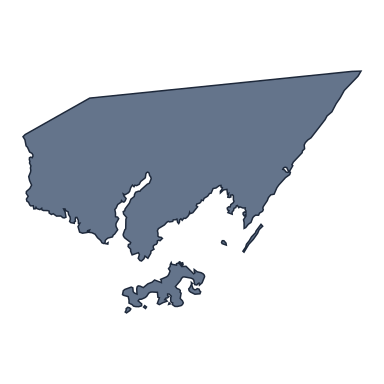 Lamu East, Coast, Kenya
{"feature_id": "3690345B14280875758697", "entity_name": "Lamu East", "entity_type": "district", "adm_level": 2, "iso_a3": "KEN", "parent_name": "Kenya", "parent_adm1": "Coast", "projection": "natural_earth1", "projection_center": [41.091, -1.907], "detail": "fine", "context": "isolated", "style": "filled", "palette": "slate", "viewbox_px": 384, "rotation_deg": 0, "n_neighbors": 0, "source": "geoboundaries", "source_scale": "gbopen_adm2", "svg_char_len": 6056}
<svg xmlns="http://www.w3.org/2000/svg" viewBox="0 0 384 384"><path d="M23.0,136.7L24.9,139.7L26.1,145.9L27.5,147.3L29.6,152.0L32.0,153.4L32.9,154.9L32.9,156.3L32.2,157.7L30.8,157.1L29.5,157.7L29.3,159.5L29.9,161.5L29.5,163.0L30.9,165.9L30.4,168.0L30.8,170.2L30.5,172.2L28.7,176.6L29.6,180.6L31.6,185.1L29.8,188.5L26.4,191.5L26.2,193.4L28.2,196.3L26.4,199.1L26.9,201.2L28.5,202.2L29.8,205.0L30.8,205.9L33.2,205.7L33.8,208.9L35.3,208.8L36.0,207.3L36.8,208.6L39.9,209.6L41.7,208.3L41.9,209.8L43.4,210.5L47.7,210.6L49.2,211.2L49.1,212.9L51.4,214.5L53.2,213.7L56.5,216.1L60.8,216.0L62.9,217.7L64.4,217.9L66.0,217.2L65.1,212.0L63.6,208.9L65.0,208.9L65.7,210.5L68.2,211.9L68.6,214.6L70.0,216.8L70.4,219.1L69.6,221.4L70.7,222.6L74.3,223.3L74.4,221.9L75.5,221.2L75.2,219.5L75.6,217.5L76.9,217.4L78.3,220.2L78.4,223.4L79.9,223.2L78.0,226.6L79.6,232.1L82.5,233.2L87.1,232.5L87.6,230.7L89.6,230.0L88.6,232.3L91.9,232.7L95.1,234.2L97.5,237.7L100.7,240.5L101.9,242.7L103.6,243.5L105.0,243.0L105.3,240.4L106.9,238.8L108.1,238.0L112.5,236.9L113.2,235.1L114.6,234.1L117.7,229.8L116.1,226.6L115.9,224.9L116.1,223.3L118.7,218.7L117.6,217.1L115.5,216.7L115.5,213.0L114.8,209.5L116.1,208.1L117.7,204.5L121.2,202.1L121.5,200.6L122.7,201.8L123.9,202.1L125.2,200.8L126.1,198.5L124.0,196.0L123.3,193.9L124.9,194.8L128.4,192.8L129.6,191.4L130.7,187.7L132.4,185.1L134.0,186.7L134.9,185.2L136.6,185.6L139.2,184.3L140.7,181.5L145.3,177.8L145.9,173.8L146.6,172.6L147.8,172.1L149.1,173.1L149.6,175.5L150.7,176.9L151.2,178.8L149.3,183.3L147.4,184.1L140.9,189.9L139.9,191.3L138.4,191.2L135.6,192.3L134.5,194.5L134.3,196.5L130.9,199.2L129.4,203.1L125.1,208.9L124.7,210.8L123.2,211.6L123.6,214.0L126.6,217.5L125.9,219.3L125.7,228.8L124.8,229.8L123.2,234.3L123.3,235.7L124.5,237.7L130.7,242.5L130.2,243.9L128.4,244.5L128.1,246.6L130.6,249.2L130.6,251.1L132.1,254.9L138.4,252.7L139.4,254.6L138.2,258.3L139.9,260.5L141.5,261.0L143.9,258.8L145.0,256.1L147.9,258.3L150.8,253.2L150.9,251.1L154.0,249.2L153.3,247.7L153.3,246.0L154.6,244.8L156.3,244.3L157.4,242.6L157.3,241.0L158.5,240.3L160.1,240.7L162.4,238.4L161.1,237.3L159.3,237.2L157.9,236.1L158.0,233.3L157.4,230.8L158.4,228.6L164.5,224.9L166.8,222.3L168.3,221.4L169.6,221.9L172.7,221.4L173.3,219.8L175.3,219.8L176.9,219.1L177.6,222.3L178.7,223.6L179.4,222.3L179.7,219.9L180.9,218.8L182.2,220.3L183.7,218.3L185.6,218.4L187.7,216.6L189.0,214.7L189.6,212.4L190.1,213.7L192.8,212.7L197.6,206.8L196.3,205.8L196.8,204.0L199.7,203.1L201.0,201.7L201.4,200.1L203.2,200.6L204.1,198.3L207.6,196.2L209.5,193.5L211.1,193.2L213.1,188.5L216.0,188.0L219.3,185.6L221.0,185.4L221.0,187.0L222.4,187.8L221.7,189.6L220.4,191.2L220.4,192.9L223.6,189.9L226.9,189.4L227.5,194.1L228.6,193.4L227.8,197.2L229.4,197.5L230.9,196.9L230.5,195.2L232.5,194.8L233.4,195.9L233.4,199.9L234.0,201.2L233.4,202.6L230.8,204.6L230.1,206.9L228.7,206.8L227.2,208.1L227.6,209.9L229.0,210.7L227.9,212.6L232.2,214.2L232.0,212.2L233.6,210.3L234.0,208.3L235.8,207.6L236.3,205.9L237.4,205.5L238.8,207.7L239.9,206.8L242.9,208.0L245.3,207.9L245.1,209.4L245.9,210.9L245.9,212.7L244.4,211.9L243.1,212.9L243.1,214.4L244.2,215.9L245.9,214.5L245.9,216.1L243.5,219.7L244.1,222.5L244.1,228.4L245.7,227.6L248.3,224.3L251.0,222.4L252.8,217.6L254.0,216.3L255.5,215.2L258.6,215.2L259.5,213.1L262.5,211.3L263.3,209.7L262.8,208.0L263.4,206.4L267.3,200.6L268.4,197.6L270.8,194.8L274.1,194.2L276.9,187.7L278.9,184.9L285.5,177.6L289.7,174.6L290.4,172.3L289.3,171.6L287.9,172.4L286.2,172.1L284.4,169.9L282.8,169.4L283.5,168.0L285.1,167.2L286.7,167.6L288.2,170.7L289.6,171.2L292.8,165.7L291.9,164.8L293.3,162.1L302.1,152.8L302.5,150.8L304.6,148.8L304.2,145.0L305.3,142.7L307.8,140.0L311.0,137.8L325.1,119.6L327.0,116.0L331.9,111.8L336.2,103.6L340.2,97.8L344.3,90.4L358.0,76.2L361.0,71.1L351.8,71.4L89.7,98.1L25.2,134.5L23.0,136.7ZM179.3,263.4L177.7,263.2L176.5,263.7L176.5,265.1L171.8,264.3L171.2,262.6L170.3,264.4L170.2,266.4L168.5,268.7L170.1,271.0L168.9,274.1L168.0,275.7L166.6,276.8L160.6,279.4L161.3,280.5L161.4,282.6L154.6,280.0L152.1,282.2L147.9,283.8L143.3,287.6L140.0,286.1L138.2,285.9L137.1,286.9L136.7,288.9L137.0,294.1L134.4,293.0L133.2,291.7L132.8,287.8L131.2,287.1L124.9,289.4L123.3,290.7L122.5,294.6L123.5,295.3L128.2,296.6L129.0,300.1L129.0,303.1L132.1,304.6L133.5,306.1L135.6,306.6L138.8,306.7L141.6,305.8L141.7,303.9L138.1,300.9L139.4,299.3L141.5,299.2L144.9,297.7L146.6,296.4L148.7,293.2L150.4,292.2L152.1,292.0L157.4,292.3L157.9,297.3L159.4,297.8L157.3,303.5L159.3,304.6L163.1,302.6L167.1,301.2L166.4,300.0L164.7,299.7L165.8,298.2L167.6,297.8L168.9,296.6L167.6,295.7L167.6,294.0L169.1,294.0L171.3,296.2L170.7,297.6L170.7,301.0L171.3,302.4L172.7,302.9L172.4,304.6L174.9,306.4L177.3,306.5L181.1,305.6L182.4,304.6L183.3,302.9L182.5,300.9L180.2,298.5L181.1,293.2L180.1,292.2L180.3,290.5L179.3,289.4L176.9,288.4L175.4,286.5L180.5,280.5L181.5,278.4L183.0,277.0L184.3,276.9L190.9,278.1L192.8,278.9L193.8,280.2L194.7,284.6L196.8,285.0L197.8,283.7L199.0,283.1L199.4,285.2L202.1,282.8L204.6,276.7L204.3,275.2L203.1,273.8L201.1,272.7L197.2,271.8L194.2,269.5L194.2,271.3L195.0,272.8L193.7,273.8L186.0,266.3L181.7,266.6L179.3,263.4ZM244.0,252.2L248.8,244.3L253.3,239.4L257.6,233.3L259.2,229.6L262.7,226.2L261.0,224.3L256.1,230.9L255.4,232.8L251.5,236.9L249.3,240.7L246.5,244.2L245.6,247.2L242.9,251.2L244.0,252.2ZM191.5,284.2L190.0,287.4L188.7,288.9L189.1,290.7L190.6,292.1L194.9,294.2L199.9,293.8L200.7,291.8L199.6,290.7L199.1,289.2L197.2,288.6L196.2,289.5L194.8,289.8L193.1,288.8L191.5,284.2ZM126.5,312.9L129.8,310.6L130.8,309.0L129.6,307.8L127.8,307.3L126.2,308.6L126.1,310.4L125.2,312.0L126.5,312.9ZM226.0,243.1L223.9,240.7L222.3,240.7L221.5,242.3L222.1,243.6L226.3,245.1L226.0,243.1ZM146.5,307.0L144.7,305.6L143.6,307.1L145.5,308.5L146.5,307.0ZM183.1,264.4L182.6,262.7L181.3,263.0L181.9,265.0L182.7,265.1L183.1,264.4ZM179.3,263.4L180.3,263.3L180.1,262.0L179.4,261.8L178.9,262.4L179.3,263.4ZM108.0,242.7L106.2,243.8L107.8,244.1L108.0,242.7ZM170.2,303.9L169.1,302.8L168.6,304.4L170.2,303.9ZM191.5,284.2L192.6,283.6L191.4,282.5L191.5,284.2Z" fill="#64748b" stroke="#1e293b" stroke-width="1.5"/></svg>